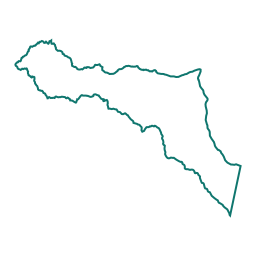 the district of Puerres, Nariño, Colombia
{"feature_id": "7082276B46740439042483", "entity_name": "Puerres", "entity_type": "district", "adm_level": 2, "iso_a3": "COL", "parent_name": "Colombia", "parent_adm1": "Nariño", "projection": "natural_earth1", "projection_center": [-77.42, 0.8], "detail": "fine", "context": "isolated", "style": "outline", "palette": "teal", "viewbox_px": 256, "rotation_deg": 0, "n_neighbors": 0, "source": "geoboundaries", "source_scale": "gbopen_adm2", "svg_char_len": 5596}
<svg xmlns="http://www.w3.org/2000/svg" viewBox="0 0 256 256"><path d="M17.3,62.2L16.8,62.8L15.8,63.6L15.4,64.8L15.8,65.8L16.8,66.4L17.3,67.0L17.5,67.8L18.0,68.7L18.9,69.2L20.0,69.5L20.7,69.9L21.1,69.5L21.5,69.4L22.2,68.7L23.3,69.1L24.4,68.5L25.5,68.8L26.3,68.4L26.8,68.6L27.5,70.6L28.1,71.6L27.9,72.5L28.0,73.6L28.6,74.6L28.6,75.3L30.1,76.1L30.7,76.8L31.2,76.7L31.3,77.3L31.6,77.5L32.1,77.3L32.5,76.6L33.2,76.9L34.0,76.9L34.4,77.2L34.5,79.0L34.2,80.2L34.2,80.9L35.0,82.2L35.1,83.6L36.0,84.5L36.3,85.3L37.2,86.0L37.9,88.1L38.1,89.5L38.7,90.0L40.1,90.5L40.6,90.4L41.2,90.9L42.3,90.9L43.1,92.0L43.5,93.0L44.6,93.3L45.2,93.7L45.4,94.6L46.4,95.7L46.7,96.5L47.3,97.5L47.5,98.3L47.9,98.3L48.6,97.3L49.2,97.1L50.6,98.0L51.1,97.9L52.2,98.0L53.2,97.7L54.6,98.0L55.3,96.8L56.0,96.5L57.5,97.1L58.4,97.3L59.3,97.1L60.6,97.1L61.8,96.7L64.9,97.1L65.4,97.4L65.9,98.1L66.3,98.3L67.1,98.0L67.6,97.6L68.3,97.9L68.8,98.6L69.5,98.8L69.8,99.4L70.1,99.5L70.2,100.4L72.3,100.6L74.6,102.1L75.8,102.6L76.1,102.1L76.4,101.9L76.7,100.6L77.2,99.9L77.2,99.4L77.7,99.5L78.3,99.1L80.7,95.9L81.6,95.2L82.2,95.2L82.9,95.6L86.2,95.6L87.1,95.9L87.7,95.8L90.1,96.8L90.9,96.9L92.9,96.3L93.3,95.9L93.2,95.7L93.7,94.7L95.1,94.3L96.0,94.5L96.7,94.9L98.9,95.6L99.1,96.3L99.7,96.8L101.1,98.7L102.5,99.3L102.9,99.1L103.6,99.2L103.7,100.2L103.3,100.8L103.5,101.1L104.2,101.0L105.0,100.2L105.4,100.5L106.8,100.0L107.1,100.3L107.6,101.3L107.7,102.0L107.8,103.4L107.5,104.2L107.6,105.5L107.9,106.0L108.3,108.2L108.5,108.7L109.6,108.6L111.8,109.1L113.3,108.7L115.5,109.4L116.4,109.4L116.7,109.6L117.9,111.7L120.1,112.2L121.7,114.0L123.0,114.2L125.0,113.3L125.3,113.6L125.8,113.7L127.1,115.0L127.9,115.3L128.6,116.6L130.8,119.3L132.9,120.9L133.3,121.4L133.5,122.9L137.1,123.9L137.8,124.5L138.8,124.6L139.7,125.1L140.6,126.3L141.3,126.8L141.7,127.7L141.5,130.3L142.3,131.7L144.2,130.8L144.8,129.4L146.5,127.2L148.8,127.1L150.0,126.3L150.7,126.5L151.7,125.8L152.4,125.8L154.0,126.4L154.4,126.2L154.6,125.8L155.0,125.8L156.0,126.3L157.5,127.6L158.6,128.0L159.6,129.4L160.2,130.8L161.0,132.5L161.3,134.1L162.4,135.5L162.6,136.0L162.7,136.6L162.1,137.7L162.1,138.7L163.0,140.2L163.3,141.4L163.4,142.9L163.1,143.6L163.2,144.2L163.7,144.9L164.4,145.2L164.8,145.7L164.5,148.5L164.7,150.1L165.4,152.1L165.1,154.1L165.7,155.6L166.8,157.3L167.6,158.0L168.5,158.3L169.6,158.2L170.9,157.6L172.9,157.9L173.8,157.8L176.4,159.7L179.2,161.3L180.6,161.9L181.4,161.8L181.9,162.0L182.4,162.8L182.3,163.4L182.7,164.1L184.0,164.8L184.5,165.4L184.8,166.5L184.8,168.3L185.3,168.9L186.2,169.2L187.8,169.2L190.1,169.9L191.1,169.6L192.7,169.7L193.4,170.1L194.0,170.8L194.5,171.6L194.7,172.7L194.9,173.0L195.3,173.2L196.8,172.9L197.5,173.1L198.0,173.8L198.4,174.9L199.5,175.8L200.0,176.6L199.9,177.4L200.0,178.2L201.6,182.5L201.9,182.9L202.9,183.0L203.5,183.4L203.8,183.9L204.8,187.8L205.2,188.4L206.9,188.9L207.3,189.5L207.8,191.1L208.4,191.8L209.9,192.3L211.7,195.8L214.4,198.1L216.7,199.8L217.7,200.3L218.3,201.6L218.5,202.3L219.0,202.8L220.2,203.3L222.7,204.9L223.1,205.8L224.5,207.3L227.3,209.4L229.4,213.5L229.6,214.9L230.1,215.5L240.6,166.0L236.1,164.3L234.4,164.8L231.7,164.5L230.9,164.5L227.4,162.6L225.2,160.3L223.8,156.7L222.6,154.6L221.3,153.1L220.6,151.3L218.6,149.9L217.9,149.9L215.6,147.0L214.9,145.7L214.6,144.2L213.9,142.0L211.6,138.8L209.9,135.8L209.7,131.9L209.2,130.5L208.0,128.9L207.5,128.0L207.4,125.2L207.0,124.6L205.7,120.0L206.2,115.8L206.9,113.3L206.7,110.5L205.7,106.4L205.5,104.2L206.0,102.3L207.3,100.5L207.6,99.7L207.5,98.5L204.4,94.6L203.6,92.7L203.4,91.1L203.1,90.2L201.4,88.2L200.1,86.3L199.1,81.4L198.6,79.8L198.4,79.8L198.2,79.2L198.0,78.4L198.2,77.1L199.1,75.4L200.6,71.5L200.6,69.6L200.0,69.3L199.3,69.2L197.5,69.6L194.3,70.7L192.4,71.7L190.8,71.9L189.5,72.3L186.6,74.0L184.8,74.3L183.3,75.0L182.2,75.2L178.4,76.9L176.1,77.0L173.9,76.4L170.6,76.4L166.3,74.8L164.3,74.4L163.8,74.0L161.0,73.9L157.8,73.3L157.3,73.0L156.9,72.4L156.2,71.9L156.0,70.9L154.9,70.1L154.2,70.4L153.6,70.4L152.1,71.5L151.5,71.2L150.9,71.4L150.3,71.2L149.5,71.3L148.2,70.2L147.3,70.3L146.0,69.6L145.6,69.8L144.1,69.9L143.8,69.7L143.2,70.1L142.7,69.8L141.2,69.7L140.6,69.2L139.6,68.9L139.3,68.4L138.2,67.5L137.7,66.3L136.9,66.0L135.6,66.6L133.0,66.7L132.5,66.5L131.3,66.6L130.3,66.3L129.9,66.1L128.4,65.8L127.3,66.1L126.4,66.0L125.5,66.3L124.8,66.9L124.0,67.1L123.9,67.4L122.4,68.6L121.1,69.1L119.7,69.1L118.9,69.4L117.7,70.4L117.4,71.2L117.0,71.3L114.8,73.1L113.4,73.8L109.5,74.0L108.7,73.4L106.9,72.6L105.5,72.5L104.7,72.1L103.9,71.2L102.3,70.1L102.2,68.5L102.5,67.2L100.4,65.9L99.7,64.5L99.5,64.3L97.5,65.0L96.2,65.0L95.3,64.8L94.9,65.1L94.3,66.3L93.1,67.5L90.4,68.0L88.9,67.2L87.1,67.1L86.7,67.3L86.5,67.9L86.2,68.0L85.0,67.5L84.2,67.7L83.7,68.4L82.4,69.4L81.6,69.1L80.0,69.5L78.8,69.5L77.4,69.1L76.8,68.1L75.5,66.9L74.4,67.0L72.8,66.1L72.2,65.9L71.9,64.5L72.2,63.5L71.7,62.8L71.4,61.2L70.7,59.0L70.2,58.3L69.4,57.7L68.3,57.4L66.9,56.3L64.6,55.6L63.9,54.2L62.7,53.9L62.4,52.3L61.4,51.3L59.8,50.7L57.8,50.8L56.1,49.3L55.8,48.2L55.9,47.5L55.3,46.6L55.0,44.9L54.2,44.3L53.9,43.5L53.5,43.4L52.0,43.9L51.5,43.6L51.2,42.0L51.2,40.5L50.8,40.8L49.5,41.2L48.8,43.1L48.4,43.7L47.8,43.5L46.0,41.7L45.1,42.8L44.2,42.9L43.8,42.2L42.8,41.3L41.8,41.0L40.5,41.9L39.9,41.8L39.3,42.6L38.5,42.5L38.5,43.3L38.2,43.3L37.9,42.9L37.7,43.0L37.0,43.9L36.0,44.7L35.7,45.3L35.4,45.6L34.3,45.6L34.0,46.0L33.3,46.1L32.2,46.8L31.1,46.4L30.5,46.5L30.0,47.2L29.7,48.4L28.7,49.5L28.8,50.9L28.6,51.2L28.0,51.4L26.7,54.5L26.0,55.2L25.0,55.5L23.5,56.7L22.8,56.8L22.4,57.7L21.6,57.9L20.8,60.8L20.3,61.3L18.9,61.1L18.5,61.3L18.0,62.2L17.3,62.2Z" fill="none" stroke="#0f766e" stroke-width="2"/></svg>